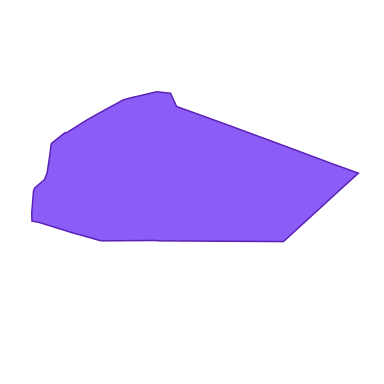 Reifi Shamal Ad Delta, Kassala, Sudan (Robinson projection), rotated 111°
{"feature_id": "16777658B72922457996803", "entity_name": "Reifi Shamal Ad Delta", "entity_type": "district", "adm_level": 2, "iso_a3": "SDN", "parent_name": "Sudan", "parent_adm1": "Kassala", "projection": "robinson", "projection_center": [35.98, 16.599], "detail": "fine", "context": "isolated", "style": "filled", "palette": "violet", "viewbox_px": 384, "rotation_deg": 111, "n_neighbors": 0, "source": "geoboundaries", "source_scale": "gbopen_adm2", "svg_char_len": 692}
<svg xmlns="http://www.w3.org/2000/svg" viewBox="0 0 384 384"><g transform="rotate(111 192 192)"><path d="M107.5,247.4L107.5,247.5L108.9,252.6L111.1,260.9L125.1,281.6L130.6,289.2L131.7,290.1L146.0,302.3L161.8,315.5L180.9,329.8L182.2,331.0L182.2,331.9L197.0,340.6L198.1,340.5L210.6,337.5L222.9,334.8L226.3,334.1L232.7,334.2L233.4,334.2L242.4,339.1L244.7,340.3L247.6,340.4L268.7,334.2L276.5,331.0L275.2,323.9L273.0,289.2L270.3,260.6L269.6,257.9L250.6,209.4L249.0,204.2L236.1,170.0L230.6,155.3L205.6,89.1L205.6,88.9L157.2,64.7L142.1,57.2L114.8,43.4L114.9,48.2L115.4,72.9L115.8,119.0L116.7,187.6L117.7,237.0L107.5,247.4L107.5,247.4Z" fill="#8b5cf6" stroke="#5b21b6" stroke-width="1.5"/></g></svg>